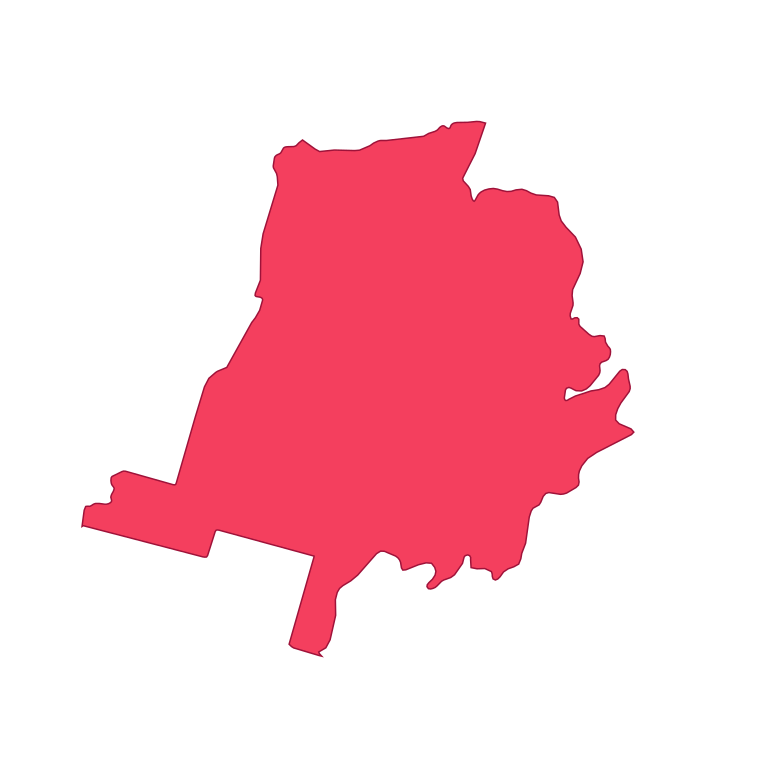 outline of Tashauz, rotated 106°
{"feature_id": "TKM-353", "entity_name": "Tashauz", "entity_type": "Province", "adm_level": 1, "iso_a3": "TKM", "parent_name": "Turkmenistan", "parent_adm1": "", "projection": "robinson", "projection_center": [58.681, 41.132], "detail": "fine", "context": "isolated", "style": "filled", "palette": "rose", "viewbox_px": 768, "rotation_deg": 106, "n_neighbors": 0, "source": "natural_earth", "source_scale": "10m", "svg_char_len": 4299}
<svg xmlns="http://www.w3.org/2000/svg" viewBox="0 0 768 768"><g transform="rotate(106 384 384)"><path d="M361.4,130.6L364.4,132.2L391.1,160.7L399.4,167.7L408.1,171.3L413.6,172.2L417.3,172.0L420.8,171.1L424.4,169.5L427.6,169.2L430.6,170.9L438.5,178.4L440.2,181.0L441.4,183.9L442.9,195.6L444.6,198.3L448.1,200.0L454.4,200.7L457.4,201.6L462.3,206.5L465.4,207.5L471.8,207.7L498.0,204.0L508.8,204.9L514.3,204.3L520.0,204.9L523.9,208.8L527.4,213.7L531.7,217.3L537.3,219.3L540.1,220.9L541.7,222.9L541.3,225.4L539.2,226.8L536.7,227.7L534.7,229.1L533.6,236.2L536.0,243.7L536.5,249.7L529.1,252.3L526.8,252.9L525.4,254.4L525.2,256.4L526.6,258.6L528.4,259.3L534.8,259.1L547.9,263.6L551.6,266.5L554.5,270.5L555.9,272.5L557.8,274.3L563.7,277.5L565.5,278.8L567.0,280.6L568.2,282.7L568.5,284.9L567.0,286.8L565.1,287.1L562.6,286.1L558.3,283.6L553.6,282.2L549.7,282.5L546.3,284.7L543.2,288.9L544.3,294.2L548.2,301.0L556.6,311.8L557.7,314.6L556.0,316.5L550.9,318.9L548.8,320.6L547.2,322.8L546.2,325.4L544.7,337.6L545.6,341.2L549.1,344.4L562.8,350.9L574.9,356.6L582.4,361.7L589.2,368.0L592.8,370.4L597.2,371.5L604.7,371.3L619.7,366.7L644.8,365.3L653.6,367.2L659.6,372.9L660.4,372.3L661.2,371.5L662.8,368.9L662.9,371.8L662.6,398.1L661.9,400.5L660.3,403.5L569.7,403.6L568.7,403.8L570.0,502.5L570.3,504.2L571.0,505.2L572.6,505.6L597.5,506.3L599.2,506.9L599.8,508.5L600.1,510.4L601.2,556.4L602.4,605.7L603.1,634.0L604.2,635.0L588.0,637.4L584.0,637.0L583.6,636.3L583.1,634.9L582.7,633.2L582.4,632.7L581.1,631.4L579.9,630.4L579.2,629.6L578.7,628.9L578.3,628.2L577.3,624.6L576.5,619.2L576.1,617.8L575.6,616.9L575.0,615.8L573.5,614.3L572.4,613.7L571.5,613.6L570.7,613.9L568.1,615.4L566.9,615.5L565.2,615.4L561.7,614.6L560.0,614.5L558.7,614.6L558.1,615.1L557.6,615.6L556.1,617.6L555.5,618.1L554.9,618.6L553.5,619.3L552.0,619.9L549.5,620.4L548.5,620.2L547.7,619.8L540.4,611.7L539.5,610.3L539.1,608.4L538.9,559.0L538.6,557.3L537.9,556.6L536.3,556.4L467.8,556.3L436.2,555.8L426.8,553.9L419.3,549.0L417.7,547.6L411.4,539.7L361.4,528.1L355.8,525.9L347.4,523.8L337.5,523.8L336.5,523.9L335.9,524.2L335.4,524.7L335.0,525.3L334.8,526.2L334.7,527.0L335.1,530.9L334.9,531.7L334.3,532.4L331.9,532.7L318.3,531.4L287.7,539.8L273.0,541.6L222.1,540.8L214.2,543.7L211.3,545.3L206.7,549.8L205.7,550.3L204.8,550.6L197.0,551.6L195.7,551.5L194.9,551.1L194.1,550.7L193.5,550.2L193.0,549.7L192.2,548.7L191.2,547.6L190.5,547.1L189.8,546.8L185.1,545.7L184.4,545.3L183.9,544.8L183.4,544.2L182.6,542.4L180.6,536.1L180.0,535.2L179.1,534.1L175.5,532.2L171.9,529.6L177.2,514.9L178.3,510.0L172.8,496.2L167.7,476.5L166.0,472.0L158.9,463.3L155.2,460.3L152.2,456.8L151.3,455.3L150.8,454.2L149.3,448.9L135.1,414.5L134.7,413.9L130.8,410.1L127.1,404.6L125.5,403.0L124.6,402.4L122.1,401.2L121.1,400.5L119.9,399.3L119.5,398.3L119.4,397.3L119.7,396.3L120.4,394.5L120.6,393.4L120.6,392.2L119.9,391.4L119.4,391.1L117.8,391.0L116.7,390.8L115.6,390.3L114.3,389.2L113.5,388.0L112.5,385.9L109.4,375.7L106.1,367.4L105.4,364.4L105.2,358.3L109.7,358.5L137.5,359.9L149.3,362.2L164.5,365.1L166.9,363.8L170.8,357.4L173.3,354.7L179.1,352.1L181.8,350.3L183.2,348.8L183.5,347.7L182.5,347.1L176.3,345.7L174.4,344.8L172.6,343.6L169.9,340.8L167.6,337.0L165.9,332.8L165.4,328.6L165.5,323.2L165.1,318.8L163.7,314.8L161.0,310.6L158.8,305.1L158.9,300.3L160.0,295.4L160.3,289.7L157.7,277.6L157.7,271.7L161.3,267.3L173.3,262.2L178.4,258.6L183.1,252.3L190.0,240.5L200.0,231.6L211.7,226.3L223.7,225.9L241.2,228.7L247.0,227.6L253.9,224.6L256.3,224.0L264.7,224.4L267.1,223.9L269.9,222.1L269.5,220.6L267.9,219.0L267.0,216.6L268.0,214.6L272.8,213.2L274.6,211.4L279.7,200.8L280.8,197.3L280.5,194.9L277.9,189.7L277.2,185.6L279.3,184.0L282.7,182.6L285.9,179.3L287.0,177.5L288.3,176.0L290.6,175.1L293.3,174.6L296.1,174.7L298.5,175.4L300.3,177.0L303.1,180.9L305.1,181.9L307.1,181.8L311.6,180.0L313.8,179.7L316.5,180.1L328.8,185.4L333.0,188.2L336.2,192.1L337.5,197.6L337.0,200.3L336.4,203.0L336.3,205.3L337.8,207.4L339.8,207.9L347.8,206.8L349.3,205.9L349.8,204.7L349.2,203.3L347.8,202.1L342.8,196.7L333.6,183.1L330.3,176.0L326.5,170.6L322.2,167.5L306.7,160.9L304.4,159.0L303.7,156.1L304.8,153.8L307.1,152.3L311.7,150.4L318.3,146.8L320.6,146.1L323.7,146.2L337.0,151.1L343.3,152.5L349.7,152.8L354.8,151.4L357.4,147.0L359.1,134.1L361.4,130.6Z" fill="#f43f5e" stroke="#9f1239" stroke-width="1.5"/></g></svg>